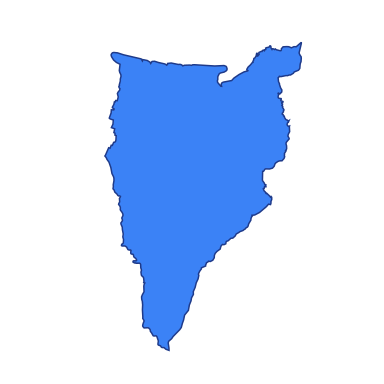 Sidoarjo, Jawa Timur, Indonesia (Mercator projection), rotated 276°
{"feature_id": "22746128B7257810863239", "entity_name": "Sidoarjo", "entity_type": "district", "adm_level": 2, "iso_a3": "IDN", "parent_name": "Indonesia", "parent_adm1": "Jawa Timur", "projection": "mercator", "projection_center": [112.712, -7.455], "detail": "fine", "context": "isolated", "style": "filled", "palette": "blue", "viewbox_px": 384, "rotation_deg": 276, "n_neighbors": 0, "source": "geoboundaries", "source_scale": "gbopen_adm2", "svg_char_len": 6094}
<svg xmlns="http://www.w3.org/2000/svg" viewBox="0 0 384 384"><g transform="rotate(276 192 192)"><path d="M61.2,156.2L59.0,157.8L58.5,157.8L56.3,157.2L54.3,156.9L53.4,157.0L52.3,157.9L51.8,158.6L52.3,161.8L52.3,163.0L50.9,164.7L49.0,165.2L47.8,166.4L45.0,168.4L44.8,169.3L45.2,171.2L44.7,172.1L40.4,174.1L37.1,174.0L36.3,174.5L35.7,176.8L34.5,177.7L34.2,178.5L34.3,180.5L32.9,182.4L32.1,185.7L34.4,185.4L39.4,184.1L41.1,184.4L44.0,187.1L46.3,188.3L53.8,194.2L56.1,195.5L60.5,196.2L63.8,197.0L68.8,197.5L73.9,200.8L79.4,201.2L83.6,202.4L86.7,202.6L90.3,204.1L93.0,203.7L97.5,205.1L102.1,205.7L106.1,207.1L109.8,207.5L110.9,207.0L111.8,207.1L114.2,208.0L116.4,209.3L117.6,209.3L119.8,213.3L121.2,213.2L122.1,213.7L123.2,213.8L124.1,215.2L124.9,215.6L124.8,217.5L126.3,219.8L128.9,221.0L131.4,220.9L133.4,221.5L135.5,223.0L138.2,226.0L140.5,226.3L141.9,226.8L143.1,228.0L142.9,229.2L144.0,231.0L145.8,231.1L146.5,231.4L147.3,233.1L150.0,235.5L150.4,237.3L150.6,237.6L152.7,239.5L154.9,240.4L156.6,242.8L157.6,243.8L159.0,246.7L160.2,247.9L160.6,248.6L162.2,249.7L162.9,250.8L163.9,251.3L166.3,251.7L170.2,253.5L171.6,253.4L173.6,253.9L174.4,254.5L175.1,254.1L175.7,256.8L178.8,261.4L185.2,267.5L187.9,269.4L187.7,271.4L189.2,271.7L190.7,271.5L193.0,272.1L195.1,271.8L195.8,271.1L195.1,270.6L196.3,269.4L198.6,266.4L198.2,266.1L198.3,265.8L199.6,265.0L200.7,263.6L202.1,262.8L202.8,262.6L203.1,263.4L205.0,263.6L204.9,264.6L205.4,264.4L205.6,264.9L206.1,264.6L206.9,264.7L207.1,263.6L208.5,262.9L210.4,261.2L211.2,260.8L219.9,260.1L220.1,261.0L222.2,262.1L222.7,262.8L223.0,266.7L224.1,269.5L226.1,271.0L228.6,271.6L229.7,272.3L231.4,274.3L232.3,276.3L232.2,276.7L232.4,277.2L232.4,278.2L234.9,280.0L236.8,280.5L237.4,280.1L238.7,280.1L240.0,279.9L242.7,281.2L243.0,281.2L243.2,280.8L244.0,281.4L245.1,281.6L247.9,281.2L249.3,280.6L250.5,280.4L251.6,280.8L255.0,283.1L255.8,282.8L257.7,281.5L259.8,281.8L262.2,282.8L267.1,282.0L267.8,282.1L267.4,281.3L267.7,280.5L268.4,279.8L269.1,279.5L271.0,279.8L271.4,280.2L271.4,280.5L273.1,281.0L272.6,280.4L273.5,279.2L273.6,278.4L273.9,277.8L275.5,276.4L277.1,275.8L277.2,275.2L278.3,274.7L278.9,273.6L279.7,273.6L281.3,274.6L282.2,274.4L283.1,274.9L283.5,274.8L285.6,273.2L286.5,273.3L287.4,272.4L287.8,272.8L288.4,272.9L289.3,272.1L290.1,271.9L290.3,272.9L291.5,273.0L292.1,270.8L292.7,270.7L293.6,271.1L294.2,270.9L294.3,268.7L294.7,268.0L295.4,267.7L296.4,267.7L297.9,268.0L298.8,267.3L299.2,267.4L299.4,267.5L298.7,269.1L299.9,269.9L300.2,270.5L301.0,270.8L302.9,270.7L304.7,269.3L308.2,267.7L308.8,267.7L310.8,266.5L314.6,265.7L315.3,266.4L316.2,266.8L316.0,268.3L317.6,273.3L317.7,274.9L318.5,276.4L318.7,277.8L320.7,280.4L321.9,281.0L322.4,281.7L324.2,285.1L325.4,285.9L326.3,286.3L330.1,286.2L331.7,286.4L332.9,286.8L336.5,286.7L338.1,286.3L339.0,285.4L340.9,284.2L341.8,284.0L351.1,285.2L351.9,285.1L351.9,284.7L347.4,280.5L347.2,278.2L345.8,275.8L346.6,273.1L346.5,270.9L345.9,267.4L343.8,265.9L342.4,266.0L341.9,265.7L341.7,265.0L342.3,260.9L343.0,259.9L342.3,259.1L342.8,258.3L342.9,257.2L342.8,256.8L342.2,256.6L343.6,255.5L345.1,255.2L345.5,254.8L345.5,254.2L344.1,253.4L343.3,250.9L342.8,250.2L341.8,250.5L341.4,250.4L341.0,249.2L340.1,249.2L340.5,248.0L340.1,247.3L339.1,247.0L339.1,246.2L337.8,244.0L337.1,243.9L335.9,244.4L334.0,243.1L334.0,242.8L335.6,242.8L336.7,242.4L336.8,242.1L336.6,241.8L333.9,241.5L331.9,240.5L331.3,239.6L329.1,239.4L328.4,238.9L327.3,239.1L327.1,238.5L324.5,236.8L322.2,234.8L320.3,233.9L319.5,233.7L319.0,234.0L318.6,234.9L318.3,234.8L316.9,231.2L313.8,226.6L309.7,221.8L307.0,219.8L304.5,211.5L303.4,210.1L302.7,209.9L301.5,209.9L300.2,210.4L300.2,209.6L303.7,206.0L305.3,205.6L306.4,205.9L309.4,205.6L312.2,206.6L313.3,207.7L314.6,211.4L316.0,213.3L317.1,214.0L318.2,214.0L319.9,213.3L320.6,212.6L321.1,210.6L319.7,201.5L318.8,180.8L318.5,179.2L317.9,178.3L318.0,176.5L317.3,171.4L316.5,169.6L316.8,169.4L317.6,167.7L317.7,166.5L317.4,165.1L318.1,157.8L317.3,154.3L316.6,154.4L315.5,153.6L316.3,152.2L316.6,151.0L317.3,145.0L318.1,141.2L317.7,138.8L317.4,138.4L315.5,137.5L316.7,136.7L318.1,133.8L318.5,129.8L318.3,129.2L317.1,129.0L317.6,128.5L318.7,128.4L319.1,127.2L321.3,109.6L322.6,103.4L322.6,99.7L322.2,98.5L321.5,97.8L320.9,97.5L319.9,97.2L318.9,97.5L317.8,98.1L315.1,100.2L313.0,103.2L311.5,107.1L305.2,107.0L303.5,107.6L301.2,109.0L299.6,109.3L296.8,108.9L294.8,109.1L291.2,108.5L290.2,108.7L289.5,108.2L288.1,108.6L287.3,109.5L285.7,109.4L283.7,108.1L282.1,107.5L278.9,108.7L277.3,108.5L275.0,108.1L275.0,106.5L273.5,106.1L273.5,105.4L270.8,105.1L268.0,103.9L267.4,104.1L266.6,105.7L265.8,105.8L265.5,105.6L265.3,103.2L262.2,103.3L256.9,102.0L256.5,102.2L256.0,103.4L255.4,106.2L251.2,106.3L247.6,105.1L246.8,108.5L242.9,108.1L242.5,109.2L240.4,109.5L240.1,110.7L235.7,110.9L234.2,110.6L233.4,109.8L233.2,108.9L230.0,107.9L230.1,106.8L227.0,105.9L227.3,104.5L219.6,102.1L218.7,101.6L217.2,103.1L215.6,104.0L213.0,106.3L207.9,108.7L201.9,110.5L198.9,112.4L197.5,112.9L195.1,113.2L190.9,112.9L189.3,113.2L186.9,113.1L185.7,114.4L183.9,115.2L181.9,117.8L180.8,118.6L180.4,119.5L180.6,120.1L180.2,121.3L179.4,121.2L178.0,120.5L174.6,121.1L172.9,120.4L172.0,120.3L170.2,121.9L168.9,122.4L166.9,122.5L166.4,122.8L164.3,124.7L162.7,125.6L161.4,125.8L158.8,124.9L157.3,125.6L156.2,125.8L153.7,124.5L152.5,124.8L149.8,126.3L147.3,126.7L143.1,128.0L140.1,127.9L137.5,128.9L134.2,129.0L133.1,128.3L132.7,127.6L131.6,127.4L131.3,127.5L131.0,128.2L131.3,130.7L131.1,131.5L130.3,132.8L128.3,134.1L127.9,134.6L127.7,135.8L127.9,136.9L127.6,137.4L125.5,137.4L124.4,137.6L124.0,138.1L123.9,139.8L123.6,140.2L121.8,140.8L120.9,141.4L120.2,142.9L118.7,144.0L118.1,144.0L117.7,143.6L117.4,140.9L116.8,140.6L116.1,140.7L115.4,142.3L115.6,143.2L115.3,143.7L115.7,147.3L115.4,148.0L114.6,148.5L111.2,149.0L109.7,149.7L108.8,149.9L107.0,149.6L104.1,150.3L103.3,150.9L102.6,152.0L101.6,152.8L98.1,153.6L96.9,153.4L96.6,154.6L95.3,154.1L93.4,153.9L87.8,154.7L84.7,153.4L82.5,152.8L80.1,153.2L77.3,154.3L77.0,154.2L74.7,154.7L69.7,155.0L62.4,156.2L61.2,156.2Z" fill="#3b82f6" stroke="#1e3a8a" stroke-width="1.5"/></g></svg>